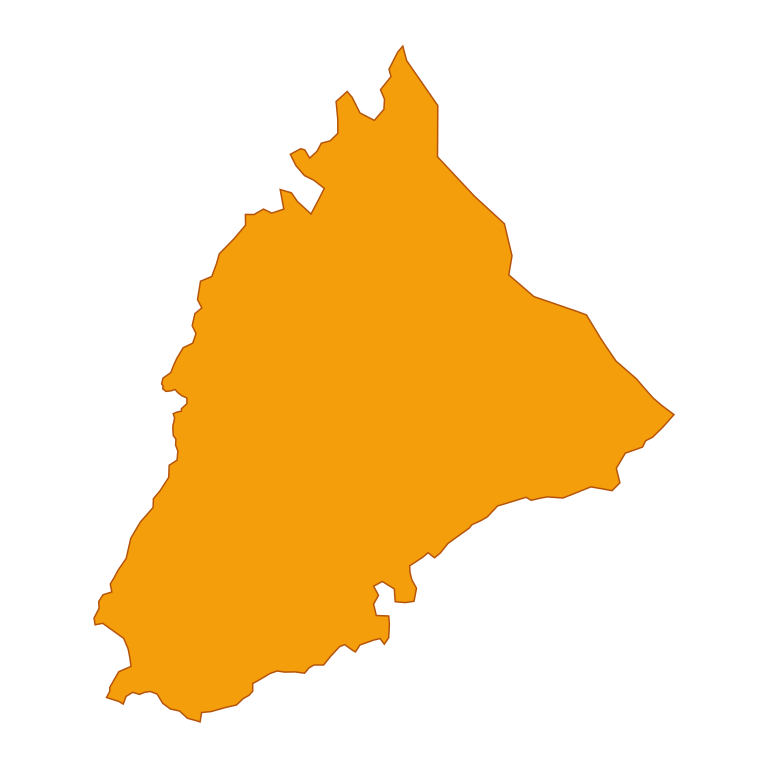 outline of Agios Theodoros Lemesou, Limassol, Cyprus
{"feature_id": "46923920B32417699607002", "entity_name": "Agios Theodoros Lemesou", "entity_type": "district", "adm_level": 2, "iso_a3": "CYP", "parent_name": "Cyprus", "parent_adm1": "Limassol", "projection": "orthographic", "projection_center": [33.04, 34.894], "detail": "fine", "context": "isolated", "style": "filled", "palette": "amber", "viewbox_px": 768, "rotation_deg": 0, "n_neighbors": 0, "source": "geoboundaries", "source_scale": "gbopen_adm2", "svg_char_len": 2625}
<svg xmlns="http://www.w3.org/2000/svg" viewBox="0 0 768 768"><path d="M458.3,179.0L437.5,156.8L437.8,105.6L406.7,60.7L403.7,49.6L402.8,46.1L397.7,52.1L389.0,69.2L391.0,76.6L380.5,89.7L384.5,99.2L383.9,109.3L374.3,120.4L360.0,113.0L352.1,97.3L347.2,91.5L336.1,101.5L337.8,119.7L337.8,133.4L330.2,140.8L321.3,143.2L317.1,151.2L309.7,158.1L304.8,149.9L300.8,148.7L290.3,154.3L296.0,165.7L304.5,175.6L313.8,180.2L324.3,188.4L317.8,201.2L311.0,214.0L297.4,201.5L291.5,192.9L280.2,189.5L283.8,209.1L271.7,213.1L263.5,209.1L254.1,214.5L245.4,214.5L245.6,225.1L233.8,239.0L219.3,253.8L216.5,263.7L211.8,276.5L200.5,281.2L197.5,299.6L201.8,307.9L194.9,313.6L192.2,325.7L196.0,333.6L192.7,343.2L183.2,347.7L176.8,358.4L173.6,365.3L170.8,372.6L163.0,378.1L161.6,383.8L163.1,386.0L162.7,388.8L165.9,391.4L170.8,390.9L175.0,389.5L178.3,393.1L182.1,395.9L186.8,397.9L187.0,403.6L181.4,408.7L181.4,411.2L177.1,412.0L173.2,413.7L174.6,417.9L173.9,421.7L172.9,425.7L172.9,430.4L173.3,435.6L175.9,439.1L175.6,445.1L177.8,450.9L177.3,457.6L177.0,460.2L169.2,465.2L168.7,477.4L159.9,491.0L153.4,498.7L153.1,507.5L140.4,522.0L130.8,538.2L126.2,558.4L118.0,570.3L114.1,577.7L110.3,584.0L111.8,592.0L103.1,594.7L98.7,601.5L99.1,608.2L94.0,618.2L94.2,619.0L95.1,624.8L102.7,623.3L123.7,638.4L128.1,648.8L129.9,657.9L131.0,666.4L118.8,671.7L109.8,687.3L109.8,691.3L106.5,697.5L118.8,701.4L123.2,704.1L126.1,696.4L132.8,692.3L139.5,694.4L144.5,692.4L150.3,691.5L157.2,694.1L162.6,703.2L170.4,709.0L179.5,711.0L187.5,718.3L196.1,720.6L199.7,721.8L200.1,721.9L201.6,712.5L211.0,711.6L225.5,707.5L236.5,705.0L243.2,698.6L248.9,695.4L252.7,691.2L252.7,683.5L258.1,680.6L270.0,673.5L277.1,671.0L284.7,672.1L295.2,671.9L304.6,673.2L309.0,667.9L314.0,665.0L323.6,665.0L330.5,656.4L339.6,646.6L344.7,644.6L353.0,650.6L355.5,651.9L359.9,645.0L373.6,640.1L380.1,638.6L384.3,644.2L388.7,637.7L389.4,624.0L388.7,616.0L376.3,615.5L373.6,604.2L378.5,595.3L373.6,586.2L382.3,581.5L394.3,588.9L395.2,601.7L405.0,602.6L414.0,601.3L416.5,588.2L412.0,580.2L410.0,572.6L409.7,565.8L422.9,557.1L428.1,552.7L434.5,557.8L440.4,552.9L447.9,543.5L460.0,534.7L469.2,528.2L471.9,524.7L481.4,520.4L487.5,516.7L497.5,506.0L526.1,497.3L531.2,500.3L541.0,498.0L547.4,496.9L563.0,498.0L590.9,486.9L603.2,489.0L604.3,489.2L612.1,490.7L619.9,482.8L616.3,468.3L625.3,453.2L642.6,447.0L645.7,440.7L652.5,437.3L662.9,427.1L674.0,414.6L664.2,407.3L661.3,405.1L653.0,397.9L642.4,385.9L636.6,379.0L616.0,361.1L606.1,346.6L600.8,338.6L586.4,314.9L577.8,311.7L533.9,296.6L508.8,274.9L512.0,255.8L504.4,223.8L474.4,196.2L458.3,179.0Z" fill="#f59e0b" stroke="#b45309" stroke-width="1.5"/></svg>